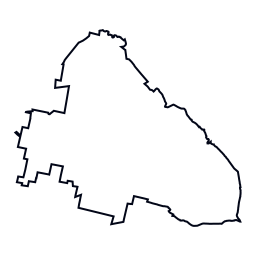 outline of Ardud, Satu Mare, Romania
{"feature_id": "2599482B58089407628141", "entity_name": "Ardud", "entity_type": "district", "adm_level": 2, "iso_a3": "ROU", "parent_name": "Romania", "parent_adm1": "Satu Mare", "projection": "natural_earth1", "projection_center": [22.905, 47.656], "detail": "fine", "context": "isolated", "style": "outline", "palette": "ink", "viewbox_px": 256, "rotation_deg": 0, "n_neighbors": 0, "source": "geoboundaries", "source_scale": "gbopen_adm2", "svg_char_len": 5786}
<svg xmlns="http://www.w3.org/2000/svg" viewBox="0 0 256 256"><path d="M179.9,219.9L180.3,220.5L180.7,220.5L181.2,220.5L181.9,220.6L182.4,220.4L182.7,220.4L183.5,220.4L184.1,220.6L184.6,221.0L185.0,221.2L187.0,221.7L188.5,222.9L189.2,223.6L191.4,225.1L192.0,225.4L192.8,225.7L193.8,225.9L196.2,225.8L197.4,225.7L197.9,225.5L202.0,223.8L203.2,223.5L208.4,223.7L209.1,223.8L219.3,223.7L220.3,223.7L221.4,223.7L221.7,223.8L223.6,222.1L224.2,221.7L224.6,221.4L225.1,221.2L225.7,221.2L226.0,221.1L226.3,220.9L227.2,220.8L228.0,220.7L228.3,220.7L228.9,220.6L230.1,220.6L230.3,220.7L230.7,220.7L231.1,220.9L231.6,220.8L232.4,220.8L233.0,220.8L233.7,220.5L234.4,220.5L234.5,220.5L234.8,220.2L235.2,220.2L235.9,220.0L236.2,220.0L236.9,220.3L237.3,220.4L240.0,221.6L240.3,221.6L239.6,220.0L239.4,219.7L239.0,219.2L238.1,218.3L237.9,217.9L237.7,217.6L237.6,217.4L237.0,216.2L236.9,215.9L236.8,215.4L236.9,214.7L237.3,213.5L237.6,212.7L237.7,212.4L238.0,210.0L238.2,209.1L238.2,207.9L238.4,207.0L238.5,206.8L238.4,206.3L238.6,205.4L238.8,203.7L238.8,203.4L238.9,203.0L239.0,202.1L239.1,201.8L239.2,201.3L239.8,198.7L240.1,197.0L240.3,196.8L240.3,196.6L240.4,195.8L240.3,195.2L240.6,193.9L240.5,193.5L240.6,192.2L240.5,191.0L240.6,190.4L240.6,190.2L240.1,189.0L240.0,188.0L240.0,187.5L240.5,187.3L240.2,185.6L240.2,185.0L239.7,183.1L239.7,182.3L239.5,181.3L239.2,179.6L238.9,177.6L238.8,177.0L237.9,171.7L236.8,170.7L234.2,168.5L229.3,161.7L228.9,161.2L228.0,159.7L227.4,159.0L226.3,157.8L226.0,157.3L226.0,157.2L225.6,156.7L224.8,156.1L223.9,154.7L223.2,154.0L221.9,152.5L221.0,151.7L218.9,149.4L217.9,148.5L217.8,148.4L217.4,147.9L216.8,147.2L216.2,146.8L215.3,146.4L214.8,145.9L214.0,145.0L213.8,144.5L213.6,144.6L212.6,144.3L211.5,143.8L211.0,143.4L210.9,143.3L210.7,142.2L210.7,141.8L210.7,141.7L210.2,142.1L209.8,142.6L209.3,143.0L209.0,143.3L208.7,143.4L208.2,143.5L207.5,143.4L207.5,143.0L207.4,142.6L207.5,142.4L208.1,141.4L208.4,141.0L208.8,140.1L208.8,139.9L208.8,139.7L208.6,139.3L208.3,139.0L207.7,139.0L207.3,139.0L207.0,138.9L206.8,138.7L206.5,138.1L206.3,137.5L206.2,137.3L206.2,137.0L206.3,136.7L206.2,136.7L206.3,136.3L205.6,134.0L205.1,132.6L204.7,132.0L204.1,130.9L204.3,130.4L204.3,129.7L204.1,129.5L202.7,129.7L202.2,129.6L202.1,129.3L201.8,129.0L201.1,128.6L200.7,128.2L200.1,127.5L199.7,126.8L199.6,126.7L199.0,127.1L197.3,124.9L196.1,123.7L194.7,122.7L192.6,121.7L192.1,121.1L191.8,120.7L191.7,120.3L191.6,120.0L191.6,119.7L191.4,119.6L191.1,119.8L190.8,119.5L190.2,118.9L188.7,116.9L188.1,116.1L187.8,115.8L187.5,115.6L187.0,114.6L186.8,114.4L185.9,111.4L185.5,110.6L185.4,110.3L185.4,110.1L184.9,109.5L184.3,108.8L183.9,108.7L183.3,108.6L181.7,108.6L180.6,108.3L178.4,107.3L177.4,106.8L175.6,105.7L173.7,104.7L173.3,104.7L173.2,104.7L168.1,107.2L167.4,107.3L166.8,107.1L165.2,106.9L165.1,106.7L165.0,106.4L165.1,106.2L166.1,104.1L166.2,103.7L166.2,103.4L165.6,102.4L165.0,101.4L164.4,99.4L163.7,97.8L163.3,97.2L162.4,94.8L162.2,94.5L161.5,93.6L159.8,91.8L159.4,91.4L159.2,91.0L159.0,90.4L158.7,89.8L158.4,89.4L157.3,88.7L157.2,88.6L156.9,88.5L156.6,88.5L155.6,89.3L154.1,91.1L152.9,92.2L153.3,91.8L153.5,91.5L153.5,91.2L153.0,90.9L152.1,90.2L151.8,90.0L150.0,89.7L147.7,86.6L144.5,83.8L147.8,81.7L141.3,74.2L135.5,67.3L134.4,65.8L134.1,65.1L131.5,61.8L129.1,59.4L126.5,58.8L126.5,58.5L126.4,58.3L125.9,54.2L125.8,53.6L125.3,49.9L124.8,49.7L121.3,46.9L123.9,46.5L125.6,45.0L126.0,43.9L125.7,42.3L124.8,39.4L123.8,40.3L122.3,39.1L120.9,37.8L120.7,37.6L120.5,37.2L120.0,37.2L119.7,37.1L119.4,36.8L118.9,36.6L118.7,36.6L118.0,37.0L117.6,37.0L117.4,36.9L117.0,36.6L116.5,35.8L116.4,35.7L114.9,35.2L114.3,35.3L114.0,35.6L113.8,36.0L113.8,36.3L114.0,36.7L114.0,36.9L113.9,37.0L113.7,37.2L113.0,37.5L112.7,37.5L112.5,37.4L112.3,37.3L112.3,36.9L112.2,36.6L112.1,36.1L111.8,35.3L111.7,35.1L111.0,35.1L110.2,34.6L109.8,34.6L108.8,35.0L108.4,34.8L108.1,34.6L108.1,34.4L108.2,34.0L108.2,33.7L108.1,33.4L108.1,33.2L108.4,32.7L108.6,32.3L108.6,32.0L108.5,31.8L108.3,31.6L107.8,31.5L107.0,31.1L106.5,31.0L106.1,31.1L105.3,31.5L105.0,31.5L103.7,31.0L103.3,30.6L103.0,30.2L102.7,30.1L102.4,30.2L101.8,30.4L101.3,30.5L100.3,30.5L100.1,30.5L99.4,30.9L99.5,31.7L99.1,35.0L89.8,32.6L89.1,36.0L86.2,38.4L83.0,40.6L78.9,42.6L78.7,42.6L66.0,58.4L64.8,60.0L64.6,60.3L64.0,61.8L62.4,64.2L63.6,64.4L60.8,80.7L55.7,79.7L55.1,87.9L69.0,86.1L66.7,99.8L66.3,102.1L64.4,113.1L53.8,110.8L53.6,111.0L50.2,113.7L49.7,114.2L49.1,114.2L48.6,114.0L48.5,113.9L48.3,113.4L48.2,112.7L32.5,109.5L32.6,111.2L27.7,111.6L26.0,111.9L25.9,112.2L30.9,113.3L30.3,118.2L30.4,118.4L28.2,128.2L22.5,127.0L20.5,135.6L16.5,131.9L15.4,132.6L17.3,134.5L18.4,135.4L18.9,135.8L20.0,136.5L20.2,137.0L18.9,142.6L17.9,147.0L26.1,148.7L23.9,158.6L27.4,159.3L25.3,169.7L23.4,177.3L18.2,176.5L17.6,179.3L17.5,179.7L16.9,182.2L22.2,183.1L21.7,185.3L27.8,186.2L28.9,181.2L35.2,182.2L36.1,178.0L36.4,178.1L37.6,172.3L48.5,174.4L49.2,174.6L51.5,164.2L62.9,166.4L60.9,175.1L59.6,181.7L67.2,183.1L67.7,180.8L72.6,181.6L72.9,186.1L76.4,186.6L77.5,186.8L75.6,194.9L75.2,197.0L81.0,194.8L80.2,198.8L80.0,200.0L79.2,203.7L78.5,207.8L90.0,210.6L100.6,213.2L113.6,216.4L111.3,224.2L123.4,221.9L123.5,221.6L123.9,219.4L127.6,203.6L130.5,204.0L130.6,203.9L132.1,204.1L134.0,196.1L143.9,198.4L147.9,199.4L147.1,201.7L147.8,201.9L148.6,202.1L150.7,202.7L152.5,203.3L156.5,204.3L157.0,204.4L158.3,204.9L163.1,206.2L164.3,206.2L167.1,206.7L167.7,206.8L168.6,207.7L168.7,207.8L168.7,208.1L169.0,208.2L169.4,208.5L170.2,209.5L170.3,209.7L170.2,209.9L170.0,210.2L168.9,211.0L168.7,211.1L168.9,211.6L169.4,212.1L169.8,212.6L171.5,213.5L173.0,214.3L172.9,214.4L173.3,214.8L173.3,215.0L173.0,214.8L172.8,214.9L172.4,215.9L174.0,216.1L174.3,216.1L175.7,217.3L178.6,219.5L179.2,219.7L179.8,219.8L179.9,219.9Z" fill="none" stroke="#020617" stroke-width="2"/></svg>